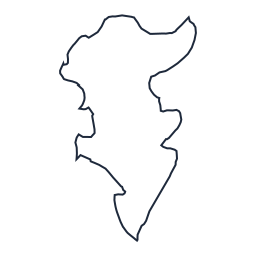 Mashtul Al-Suq, Ash Sharqiyah, Egypt
{"feature_id": "37247803B39026546430649", "entity_name": "Mashtul Al-Suq", "entity_type": "district", "adm_level": 2, "iso_a3": "EGY", "parent_name": "Egypt", "parent_adm1": "Ash Sharqiyah", "projection": "mercator", "projection_center": [31.372, 30.36], "detail": "fine", "context": "isolated", "style": "outline", "palette": "slate", "viewbox_px": 256, "rotation_deg": 0, "n_neighbors": 0, "source": "geoboundaries", "source_scale": "gbopen_adm2", "svg_char_len": 2720}
<svg xmlns="http://www.w3.org/2000/svg" viewBox="0 0 256 256"><path d="M137.0,240.6L137.5,239.8L137.5,237.3L137.6,234.7L141.6,225.8L144.1,224.0L146.1,220.8L149.4,211.3L168.0,179.4L169.7,176.5L171.0,173.3L175.6,164.8L175.7,161.9L177.0,158.7L176.8,155.0L176.5,151.0L174.7,149.7L170.2,148.3L167.1,148.3L163.3,146.9L161.8,145.7L161.3,145.3L166.0,139.1L167.0,139.2L169.0,137.9L175.4,130.4L177.4,128.5L179.3,125.3L180.7,122.2L181.3,119.6L180.4,114.5L180.2,113.2L179.0,111.2L176.5,109.9L172.7,110.5L170.8,110.4L167.0,110.3L163.2,111.5L160.8,110.8L160.7,109.2L160.3,105.2L159.1,101.4L159.1,98.8L159.3,98.0L157.1,97.3L154.0,94.7L151.5,91.4L149.7,88.2L149.2,83.0L151.2,76.7L155.0,75.5L159.5,72.4L165.4,71.1L167.3,70.1L173.1,66.4L177.6,63.3L184.0,57.7L187.9,53.9L191.8,47.6L194.5,40.0L195.9,33.0L195.4,27.2L194.7,26.2L194.1,25.2L193.5,23.9L191.6,22.6L189.8,21.3L188.7,17.3L181.5,25.0L178.2,28.1L176.3,30.0L175.6,31.2L171.8,33.1L169.9,33.0L166.1,33.6L162.9,33.5L151.5,33.9L150.2,33.9L148.1,32.6L141.5,28.6L140.2,26.8L139.6,26.0L137.8,22.7L135.9,20.1L134.6,18.3L134.1,17.5L132.0,17.0L131.5,16.8L122.1,15.4L118.9,15.9L115.1,16.5L112.5,16.4L108.7,17.0L105.5,19.5L104.9,19.5L101.6,26.5L97.7,32.1L93.8,34.6L89.6,37.2L89.1,37.5L88.7,37.7L85.6,35.7L81.7,36.3L79.2,38.2L77.2,40.7L74.6,43.8L73.3,45.1L71.4,47.6L68.8,51.4L67.5,54.6L68.0,59.1L67.9,62.9L67.5,63.3L66.7,64.2L63.5,64.8L63.3,63.6L62.8,64.7L62.3,65.8L62.0,66.3L60.8,69.0L60.1,70.7L60.1,71.2L60.2,73.4L61.8,75.6L63.0,77.4L63.1,77.7L63.3,78.0L63.9,79.0L64.3,79.2L68.0,80.4L72.5,81.4L73.0,81.6L75.0,82.3L76.6,82.9L78.9,84.9L78.2,85.4L79.5,86.5L82.7,89.4L84.2,93.4L84.3,94.0L84.4,95.7L84.6,97.7L84.3,100.1L83.9,101.2L82.9,103.8L82.0,105.5L80.9,106.8L79.4,108.6L81.2,108.9L83.7,109.3L85.7,109.1L86.6,108.6L87.6,108.0L88.5,107.5L89.0,108.1L90.0,109.5L92.2,112.7L92.4,113.0L93.2,114.1L92.2,115.8L92.4,117.3L93.6,124.0L94.5,129.3L94.6,133.0L93.7,134.1L92.8,135.0L91.1,137.0L82.8,136.9L78.7,134.4L76.8,137.4L76.5,138.2L75.4,142.5L76.5,146.7L76.7,147.6L76.9,153.1L76.9,153.6L76.7,157.2L76.5,159.3L77.4,158.4L80.5,155.1L89.1,158.9L90.3,159.4L90.7,161.3L91.3,161.6L94.1,162.7L99.0,164.8L99.7,165.2L102.2,166.7L105.5,168.6L108.5,171.9L113.2,177.6L114.3,178.8L121.0,186.3L122.1,186.8L122.3,187.4L123.1,189.6L123.2,189.9L125.2,191.6L125.1,192.0L124.5,193.4L123.6,194.0L122.7,194.6L121.1,194.5L119.0,194.4L118.2,194.3L117.3,194.5L115.8,194.8L114.7,195.0L114.5,197.8L114.5,198.6L114.4,200.0L114.7,202.0L115.4,206.0L115.7,207.4L116.3,209.8L117.0,212.1L118.2,215.4L119.8,219.8L120.6,221.9L121.9,224.6L123.0,226.9L123.4,227.3L124.3,228.6L126.4,231.5L127.7,233.0L129.0,234.1L130.7,235.5L132.6,237.0L134.2,238.3L135.1,239.1L136.0,239.8L137.0,240.6Z" fill="none" stroke="#1e293b" stroke-width="2"/></svg>